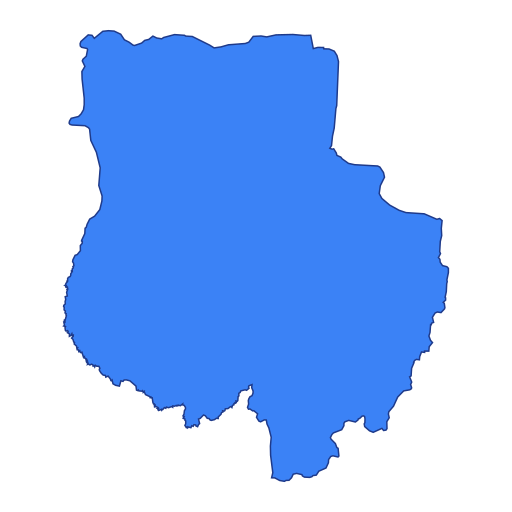 Khiri Mat, Sukhothai, Thailand (Natural Earth projection)
{"feature_id": "78962969B829046276221", "entity_name": "Khiri Mat", "entity_type": "district", "adm_level": 2, "iso_a3": "THA", "parent_name": "Thailand", "parent_adm1": "Sukhothai", "projection": "natural_earth1", "projection_center": [99.689, 16.826], "detail": "fine", "context": "isolated", "style": "filled", "palette": "blue", "viewbox_px": 512, "rotation_deg": 0, "n_neighbors": 0, "source": "geoboundaries", "source_scale": "gbopen_adm2", "svg_char_len": 5922}
<svg xmlns="http://www.w3.org/2000/svg" viewBox="0 0 512 512"><path d="M64.3,320.1L64.4,320.8L65.0,320.7L64.9,322.3L63.8,322.1L64.5,325.3L63.7,326.0L65.5,326.6L65.0,327.7L65.4,330.4L66.1,331.1L67.6,330.6L68.2,331.7L67.4,332.7L69.4,333.8L69.4,336.3L70.9,335.5L71.9,333.7L72.3,335.5L73.3,335.1L73.2,336.4L71.6,338.1L73.0,339.4L73.7,342.0L74.5,342.4L74.2,344.0L76.5,346.0L76.8,347.9L77.6,347.8L77.0,349.0L77.2,349.8L78.6,349.9L78.8,351.5L79.8,350.8L80.1,352.1L81.0,352.7L81.9,352.2L83.4,356.9L84.3,356.6L84.0,357.9L85.3,358.2L85.8,359.2L86.5,359.0L87.2,360.6L86.2,360.7L86.4,361.8L86.9,362.6L87.6,362.1L88.0,363.2L87.6,364.3L88.2,364.0L89.9,365.0L91.5,364.2L92.8,364.7L93.1,366.1L94.1,365.7L94.7,366.9L95.3,365.3L96.6,366.2L98.9,366.3L99.9,368.3L99.3,369.3L99.5,370.6L101.3,373.3L103.2,375.1L105.4,375.4L105.8,377.1L108.1,376.1L110.4,379.0L110.9,380.6L111.5,380.8L112.1,380.1L113.0,383.8L115.6,385.3L119.4,386.1L120.9,380.8L123.0,381.4L124.1,380.0L126.3,379.9L129.9,380.8L136.0,386.1L136.5,390.1L137.8,390.6L138.3,390.0L138.9,390.9L141.9,391.2L142.4,390.7L143.0,391.8L143.9,391.4L143.5,392.4L144.4,392.1L145.5,394.6L150.0,396.7L150.1,397.4L150.9,397.0L151.1,397.9L152.2,397.8L152.9,402.5L153.5,403.9L154.2,403.9L154.5,406.3L155.1,405.6L155.1,406.8L156.2,406.6L157.9,407.5L157.2,408.3L158.5,408.5L157.9,409.7L158.6,410.5L161.1,409.5L161.6,410.2L161.9,409.3L162.7,409.6L164.4,407.6L165.8,408.3L166.4,407.1L168.6,407.7L171.6,406.6L172.7,407.3L172.8,405.9L174.7,406.2L176.2,405.4L176.7,406.0L178.0,405.7L178.1,405.1L180.4,405.7L182.7,403.9L182.6,404.9L184.1,405.3L185.4,407.3L185.5,408.9L184.4,410.7L184.0,414.1L183.1,415.7L184.1,416.4L183.3,417.0L183.9,417.7L183.3,418.4L184.9,419.0L184.9,420.2L185.7,420.9L185.7,423.8L184.9,425.4L186.3,427.6L187.1,426.8L187.7,427.9L188.4,427.0L190.9,427.7L191.8,425.7L193.2,426.3L193.9,424.7L195.7,424.9L195.9,425.9L197.6,426.7L198.5,424.6L199.6,423.6L198.5,419.0L200.2,418.4L203.5,415.0L205.3,415.7L207.2,418.3L209.1,418.6L210.1,420.0L211.3,420.4L214.6,419.6L216.3,418.3L218.2,418.5L218.2,417.0L221.0,414.3L221.5,412.6L223.0,411.9L222.7,410.8L224.1,411.1L224.9,410.6L225.3,408.8L227.9,408.6L230.3,406.8L231.1,406.6L231.9,407.5L232.5,405.4L234.0,404.7L233.8,403.9L235.0,402.7L235.4,403.2L236.3,402.6L236.0,401.0L237.2,401.3L237.8,400.6L238.1,396.6L238.9,395.9L238.8,393.3L240.1,392.5L240.8,390.9L245.1,389.8L246.6,390.3L249.0,388.3L248.5,386.9L248.9,385.8L252.0,384.6L251.7,387.7L253.1,391.0L253.0,393.2L252.0,395.7L250.0,396.7L248.8,398.8L248.3,400.6L248.6,404.1L247.5,407.4L248.5,409.2L250.0,409.0L252.7,410.9L253.8,410.7L257.6,413.8L256.5,417.3L258.9,421.1L260.6,421.8L264.3,419.9L266.3,420.0L267.0,424.0L268.9,428.0L271.2,437.3L270.4,446.1L270.6,455.2L272.8,472.7L271.6,477.8L274.8,477.9L279.7,480.5L284.4,481.3L286.1,480.4L289.0,480.3L291.5,477.8L293.2,474.2L296.6,473.4L301.9,474.6L302.4,475.9L304.4,477.1L309.7,477.4L311.9,476.7L312.9,475.6L316.3,475.1L318.8,471.2L326.0,468.0L328.4,462.8L328.6,459.6L330.7,456.5L332.9,455.8L338.0,457.0L338.9,456.0L338.1,448.3L336.8,447.5L335.4,443.6L331.0,439.1L330.4,437.6L331.9,434.5L333.4,432.9L341.7,429.7L343.9,425.7L343.9,423.3L344.9,421.8L348.7,420.4L355.4,422.0L357.9,420.1L358.4,418.8L359.6,418.5L362.1,416.1L363.7,415.9L364.6,416.6L365.0,418.8L364.9,422.6L364.2,423.9L364.7,426.6L369.5,430.8L373.2,432.3L381.9,428.4L383.6,430.5L386.0,430.1L387.0,428.6L386.8,421.7L389.2,417.8L388.4,414.0L388.8,411.7L393.5,406.2L397.7,397.0L403.7,390.9L409.8,389.8L411.4,388.7L411.6,387.6L410.6,384.5L411.7,382.1L409.6,376.8L411.1,375.9L411.6,368.3L414.0,362.6L413.6,362.2L414.7,360.4L416.4,359.4L419.4,359.8L419.7,356.6L421.5,352.0L424.6,352.4L424.5,351.1L428.8,351.1L429.2,346.7L432.5,342.6L430.5,340.3L428.9,336.0L430.0,332.5L430.6,324.6L431.3,324.7L431.7,323.1L433.6,322.4L432.4,317.3L435.1,313.0L437.4,312.0L441.0,312.6L444.5,308.9L444.9,307.7L444.3,303.4L443.2,302.3L445.6,300.1L445.6,297.8L445.1,297.3L446.3,291.6L446.7,283.6L447.2,281.7L446.9,279.8L448.4,272.6L448.4,268.3L446.9,266.7L442.5,265.6L440.2,262.2L439.9,259.3L438.4,257.6L440.5,253.6L439.7,251.7L440.3,241.4L441.7,235.6L441.3,228.4L442.1,220.6L439.6,218.5L436.9,219.3L424.2,213.8L406.0,212.6L399.1,210.3L389.7,205.1L381.9,198.5L379.2,193.6L380.3,185.7L384.5,177.2L383.5,172.6L379.9,167.1L377.7,166.0L354.6,164.7L348.5,163.4L342.2,158.9L340.8,157.1L336.9,155.4L336.3,153.0L333.7,148.8L332.1,149.2L329.8,148.3L331.5,145.6L332.5,136.1L334.2,128.1L335.9,108.5L336.7,105.7L338.5,61.6L337.0,55.6L334.3,51.2L329.1,49.0L323.7,48.8L323.6,47.5L317.9,47.4L313.3,48.6L310.7,35.3L304.4,35.5L292.9,34.5L276.0,34.9L266.7,36.9L261.1,36.0L253.2,36.4L248.8,42.2L245.3,43.5L228.4,44.8L221.0,46.9L214.1,47.9L209.6,45.1L192.3,36.5L185.7,36.1L184.5,35.3L174.5,34.6L163.6,37.5L161.7,38.8L156.7,38.0L152.9,36.1L148.8,39.4L144.7,40.4L141.6,43.1L134.5,45.5L133.0,45.1L129.1,42.2L124.4,39.8L120.7,34.2L114.1,31.1L108.4,30.7L102.8,31.3L94.3,38.3L92.0,35.3L88.2,34.9L80.9,41.5L80.1,43.7L80.3,46.0L81.6,47.3L87.0,48.5L87.6,49.5L86.3,56.2L83.0,59.2L82.3,60.9L84.9,66.4L81.9,71.5L82.1,79.1L84.2,98.2L84.2,104.7L83.5,109.8L81.1,113.9L78.5,116.5L71.2,118.3L69.5,121.1L69.1,123.1L70.0,124.4L72.0,125.0L85.0,125.7L88.5,127.7L89.6,129.2L90.8,140.4L96.4,152.3L100.2,167.9L98.8,185.5L102.1,196.0L101.9,201.0L99.8,209.6L94.6,216.2L89.7,219.1L87.1,224.3L86.2,227.4L85.1,228.2L84.8,233.6L81.6,240.4L81.6,241.1L82.3,241.3L82.2,243.3L80.3,245.6L80.4,250.7L77.2,254.6L75.1,255.3L72.9,259.8L72.6,261.8L73.5,263.0L73.9,265.8L72.9,266.5L73.3,267.8L72.2,269.0L72.3,271.3L71.5,271.0L71.6,272.6L70.8,273.7L70.7,275.4L70.2,276.5L68.3,277.4L67.6,278.7L67.7,281.0L66.9,281.2L67.2,281.9L65.9,283.4L65.7,284.9L65.0,285.3L66.2,285.7L65.6,286.6L66.0,287.3L67.4,287.0L67.6,288.2L67.0,289.4L67.7,289.4L66.6,292.3L67.3,296.0L65.2,296.7L65.7,299.4L65.1,301.6L65.3,303.9L63.8,305.3L63.6,306.6L64.2,307.2L64.1,309.9L65.4,311.1L65.0,312.9L66.2,313.7L65.9,314.9L66.4,315.6L65.3,319.5L64.3,320.1Z" fill="#3b82f6" stroke="#1e3a8a" stroke-width="1.5"/></svg>